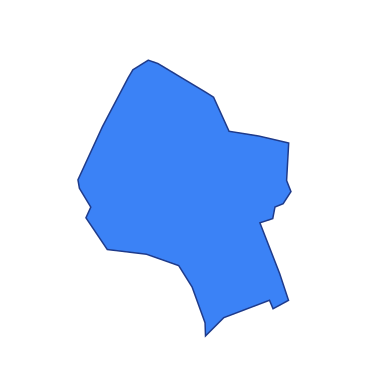 Casey, Kentucky, United States of America, rotated 158°
{"feature_id": "52423323B59242222872461", "entity_name": "Casey", "entity_type": "district", "adm_level": 2, "iso_a3": "USA", "parent_name": "United States of America", "parent_adm1": "Kentucky", "projection": "equal_earth", "projection_center": [-84.951, 37.325], "detail": "fine", "context": "isolated", "style": "filled", "palette": "blue", "viewbox_px": 384, "rotation_deg": 158, "n_neighbors": 0, "source": "geoboundaries", "source_scale": "gbopen_adm2", "svg_char_len": 547}
<svg xmlns="http://www.w3.org/2000/svg" viewBox="0 0 384 384"><g transform="rotate(158 192 192)"><path d="M127.1,137.1L120.7,147.0L111.9,147.0L100.1,155.3L100.0,167.2L84.0,201.2L109.0,218.8L134.9,234.4L136.5,271.8L141.3,278.5L175.5,323.9L183.2,330.6L201.0,327.5L208.3,321.9L250.5,286.2L293.2,246.0L295.0,237.6L291.5,215.9L300.0,207.8L292.1,170.4L257.6,151.4L231.9,128.7L227.5,103.8L228.9,65.8L233.4,53.5L209.6,63.6L160.7,62.6L160.6,53.4L143.1,55.4L141.3,83.4L140.6,138.0L127.1,137.1Z" fill="#3b82f6" stroke="#1e3a8a" stroke-width="1.5"/></g></svg>